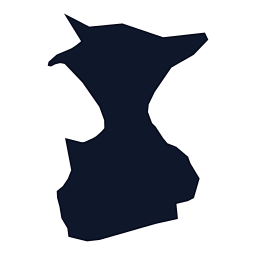 the border of Trbovlje
{"feature_id": "SVN-952", "entity_name": "Trbovlje", "entity_type": "Statistical Region", "adm_level": 1, "iso_a3": "SVN", "parent_name": "Slovenia", "parent_adm1": "", "projection": "robinson", "projection_center": [15.039, 46.126], "detail": "fine", "context": "isolated", "style": "filled", "palette": "ink", "viewbox_px": 256, "rotation_deg": 0, "n_neighbors": 0, "source": "natural_earth", "source_scale": "10m", "svg_char_len": 765}
<svg xmlns="http://www.w3.org/2000/svg" viewBox="0 0 256 256"><path d="M198.8,178.6L193.3,197.5L187.7,200.4L175.6,203.3L177.1,218.3L155.3,223.2L99.5,239.2L87.1,240.6L69.1,236.2L68.1,228.1L62.1,218.0L60.2,206.6L57.8,197.6L57.5,191.4L63.3,186.7L68.5,179.0L72.0,170.2L66.0,139.0L80.7,142.8L82.5,143.0L84.4,142.8L93.5,138.7L96.6,136.8L101.8,132.2L105.1,128.5L104.9,120.1L99.9,106.4L82.9,82.0L65.0,63.2L60.2,62.3L55.2,63.5L50.9,65.7L48.6,65.2L49.2,62.2L57.1,55.2L71.6,49.1L76.5,45.9L82.1,41.4L66.0,15.4L89.1,27.4L122.3,24.2L163.0,38.0L204.5,33.4L207.4,39.5L193.3,54.2L170.9,67.0L154.1,91.6L148.0,104.2L147.2,112.1L151.4,123.4L155.0,127.0L162.8,138.9L167.0,143.9L175.9,147.4L187.5,157.2L189.7,163.5L198.8,178.6Z" fill="#0f172a" stroke="#020617" stroke-width="1.5"/></svg>